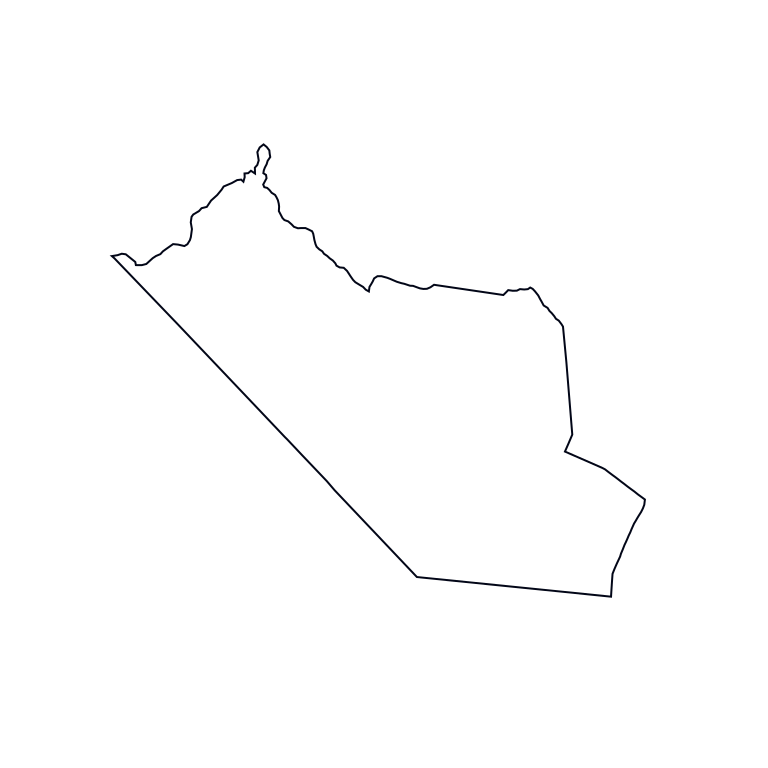 outline of Iuiu, Bahia, Brazil, rotated 118°
{"feature_id": "56859067B30006317173960", "entity_name": "Iuiu", "entity_type": "district", "adm_level": 2, "iso_a3": "BRA", "parent_name": "Brazil", "parent_adm1": "Bahia", "projection": "albers", "projection_center": [-43.619, -14.491], "detail": "fine", "context": "isolated", "style": "outline", "palette": "ink", "viewbox_px": 768, "rotation_deg": 118, "n_neighbors": 0, "source": "geoboundaries", "source_scale": "gbopen_adm2", "svg_char_len": 2554}
<svg xmlns="http://www.w3.org/2000/svg" viewBox="0 0 768 768"><g transform="rotate(118 384 384)"><path d="M496.6,388.9L501.0,377.7L539.0,264.3L504.5,179.9L493.0,151.8L465.2,83.7L458.4,86.8L451.3,90.0L444.3,93.1L438.8,93.7L433.4,94.1L425.5,94.5L422.6,95.1L418.2,95.5L413.0,96.1L410.2,96.2L406.0,96.5L402.8,96.8L399.5,96.9L395.7,97.3L392.6,97.5L389.8,97.7L386.7,97.5L383.4,97.4L380.1,97.2L376.3,96.9L372.2,97.0L368.4,97.5L363.5,99.4L363.0,102.8L362.3,107.8L361.4,112.5L360.9,116.1L360.2,120.8L359.4,125.3L358.9,128.6L358.2,132.5L357.6,136.1L357.2,139.0L356.8,141.6L356.3,144.8L355.6,148.7L355.6,151.7L358.7,192.5L349.5,193.2L340.3,194.0L279.3,233.1L249.3,252.9L247.8,255.5L246.0,259.4L245.7,262.8L244.2,265.5L242.7,269.1L241.8,272.2L240.0,275.3L239.7,279.9L237.3,283.5L235.8,285.9L233.4,289.4L231.3,294.2L230.2,297.4L230.2,300.2L232.7,301.5L234.7,304.5L236.4,308.5L239.2,310.5L241.2,314.0L242.8,318.4L245.9,319.3L249.4,320.4L272.0,383.8L272.9,386.4L276.8,388.4L279.8,390.8L281.6,393.9L282.7,397.2L283.2,400.7L283.7,404.4L285.0,407.2L286.0,413.1L286.8,416.0L287.7,420.6L288.0,424.1L288.3,427.8L288.7,431.0L290.0,436.8L291.9,440.4L295.4,442.3L298.7,442.1L301.9,442.2L305.1,442.4L309.4,440.8L309.3,444.4L308.1,448.0L307.9,452.2L307.6,457.1L306.6,460.2L304.7,463.9L301.5,469.7L300.3,474.1L301.9,477.9L301.8,481.5L300.3,483.6L299.0,487.1L298.5,491.0L297.6,494.2L297.2,498.1L295.8,500.8L295.5,504.3L294.5,507.9L292.7,510.1L289.6,513.0L286.7,515.3L284.5,517.1L282.9,519.2L283.0,523.3L283.2,526.6L285.4,530.7L286.9,533.1L287.5,537.3L286.4,540.6L285.4,544.9L286.0,548.9L285.1,551.6L283.3,554.2L280.7,558.0L276.6,559.9L274.2,561.6L271.6,563.9L269.6,566.6L268.2,568.9L267.9,573.0L266.5,576.2L265.7,579.2L266.4,582.1L264.6,584.3L260.9,584.3L257.5,584.3L254.8,586.3L254.5,589.5L251.8,590.4L248.8,590.8L245.1,590.8L241.6,591.5L237.0,591.0L234.4,593.0L231.6,594.9L229.8,598.8L229.0,602.8L233.5,604.8L238.7,604.7L245.4,599.6L250.1,598.7L253.6,599.6L258.7,596.7L258.2,601.6L261.6,602.9L263.6,606.0L266.8,604.1L271.4,603.1L270.6,606.1L272.9,609.4L278.0,612.7L284.9,618.3L288.6,618.6L295.5,620.0L303.2,622.8L310.8,623.6L314.4,627.6L318.1,628.5L323.9,632.0L326.7,632.4L332.0,630.5L337.4,626.3L345.0,623.5L348.1,622.9L352.9,623.2L355.9,625.0L357.6,631.3L359.5,635.9L367.4,639.9L370.7,641.5L374.3,642.4L378.0,645.4L381.5,647.3L389.6,650.2L392.8,653.7L395.5,658.9L393.0,660.9L390.7,672.9L392.1,676.7L395.3,679.7L398.8,684.3L399.6,681.0L427.9,594.7L462.6,490.8L477.4,446.6L478.2,443.9L485.5,422.3L493.8,397.3L496.6,388.9Z" fill="none" stroke="#020617" stroke-width="2"/></g></svg>